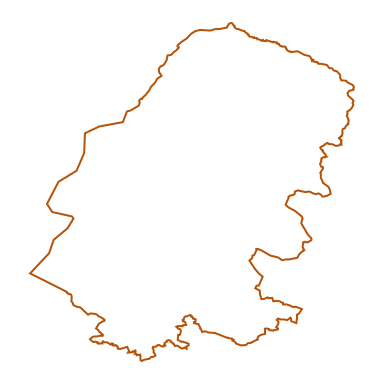 the district of Nenagh Lea-5, North Tipperary, Ireland
{"feature_id": "5873133B70886709487680", "entity_name": "Nenagh Lea-5", "entity_type": "district", "adm_level": 2, "iso_a3": "IRL", "parent_name": "Ireland", "parent_adm1": "North Tipperary", "projection": "natural_earth1", "projection_center": [-8.077, 52.997], "detail": "fine", "context": "isolated", "style": "outline", "palette": "amber", "viewbox_px": 384, "rotation_deg": 0, "n_neighbors": 0, "source": "geoboundaries", "source_scale": "gbopen_adm2", "svg_char_len": 5965}
<svg xmlns="http://www.w3.org/2000/svg" viewBox="0 0 384 384"><path d="M291.8,321.4L296.3,323.1L297.1,317.4L296.9,314.8L299.0,313.5L301.9,309.1L296.2,306.9L292.2,306.9L290.8,305.8L286.5,304.4L283.1,304.5L283.1,302.8L282.0,302.7L280.1,301.5L277.7,300.8L273.3,301.3L272.2,297.9L268.4,298.2L267.6,297.4L264.1,298.9L261.4,299.2L260.0,294.3L259.8,290.6L255.3,288.3L256.5,285.7L258.8,285.6L262.7,276.7L259.0,273.6L255.3,269.4L249.4,260.5L252.2,258.2L252.4,255.6L253.9,255.2L255.3,253.0L255.7,251.6L256.5,250.5L256.3,248.9L256.5,248.9L258.7,249.2L261.4,250.4L270.5,255.6L278.3,257.5L282.0,260.2L286.7,259.3L288.5,259.5L296.8,257.9L297.4,257.6L299.1,254.5L301.1,252.3L302.9,251.3L303.2,250.1L304.2,250.1L302.5,246.7L303.3,243.5L302.9,242.5L304.9,241.7L305.9,242.3L307.9,242.2L311.2,240.3L311.5,239.7L311.3,238.3L307.9,234.6L301.3,223.4L302.1,219.4L302.7,218.7L301.7,216.4L295.1,211.0L288.6,207.5L285.7,204.9L285.9,204.0L288.7,197.6L288.5,196.8L289.9,195.8L294.2,194.5L294.7,194.0L294.8,191.7L297.6,190.4L305.8,192.2L308.4,191.5L310.3,191.9L313.1,193.4L316.1,194.2L318.4,193.4L320.7,194.5L322.3,196.4L323.2,196.7L327.5,195.6L330.7,193.7L329.8,189.8L328.6,187.0L322.9,182.8L323.1,182.5L320.8,177.8L320.8,173.2L320.3,172.8L323.0,168.5L323.1,167.5L322.7,167.0L321.2,166.7L320.1,164.3L320.4,163.0L321.4,161.6L321.1,160.8L321.5,159.6L321.3,158.5L323.2,157.2L324.8,157.4L326.5,156.7L325.6,156.1L325.7,154.8L322.7,151.5L323.0,151.0L322.5,150.7L322.4,149.9L321.4,149.5L320.2,147.7L321.1,146.7L323.8,145.6L324.4,144.8L327.1,143.0L327.8,143.0L328.4,143.9L332.5,144.3L335.9,145.9L339.2,145.4L340.0,144.5L341.3,144.7L340.8,143.6L341.6,142.9L340.9,141.2L341.5,140.4L339.3,138.7L339.0,138.0L340.3,137.6L340.3,136.8L342.1,135.7L341.9,135.1L342.6,133.4L342.3,130.7L343.0,128.8L344.9,128.4L345.7,126.2L347.3,125.0L347.5,124.2L348.4,124.0L348.2,123.0L348.7,121.0L348.2,119.8L348.5,119.1L346.7,115.9L347.5,114.7L347.2,113.8L347.5,112.7L347.3,111.5L349.8,110.1L352.2,107.3L353.3,104.7L352.5,102.9L353.6,101.1L352.9,99.9L348.1,95.6L347.5,93.0L349.4,90.7L353.2,90.0L353.7,89.0L353.3,88.3L353.9,87.0L353.0,85.2L347.2,82.2L346.1,80.7L341.3,80.3L340.1,77.7L340.3,75.9L340.0,74.9L338.0,72.3L336.7,71.3L333.8,70.5L332.1,68.4L329.4,68.1L326.7,64.9L321.1,63.8L319.2,63.9L317.8,63.4L318.0,62.7L316.9,61.9L315.0,62.1L314.2,61.3L311.9,61.2L311.8,60.0L312.6,59.6L311.3,59.0L310.6,57.3L309.2,56.0L304.4,54.9L297.7,51.3L290.7,52.1L290.1,51.3L288.5,51.3L286.6,49.6L286.6,48.9L285.9,48.4L286.0,47.7L285.1,46.5L282.3,46.7L281.6,46.0L280.4,46.1L279.3,44.9L279.1,44.0L278.2,44.1L277.3,43.0L276.7,43.2L276.5,42.3L275.6,42.6L273.5,41.7L273.0,42.3L266.3,40.1L265.9,41.2L263.4,40.9L263.0,39.9L261.9,40.2L261.6,40.8L259.2,39.4L257.3,39.3L256.7,38.0L254.3,38.1L254.1,37.3L252.7,37.6L252.1,36.9L249.5,36.6L248.4,35.5L248.6,34.7L247.8,34.4L247.6,33.6L246.2,33.1L244.2,30.9L242.9,30.9L238.1,29.0L237.1,29.2L234.4,27.3L234.7,25.8L233.5,25.4L232.3,23.3L231.2,23.0L229.0,23.7L226.8,27.6L219.2,29.1L215.8,29.0L209.9,30.6L200.3,29.9L195.4,31.1L191.2,33.7L186.7,38.5L181.9,41.6L177.6,45.2L177.5,46.5L178.7,47.1L178.9,47.6L176.3,50.3L173.3,52.5L171.3,54.8L167.5,55.5L166.5,60.4L164.3,64.1L163.4,65.2L160.3,66.6L158.8,69.1L159.1,72.1L161.5,75.8L157.1,78.9L155.0,82.7L150.9,86.9L149.4,90.1L145.9,94.6L142.7,97.7L142.1,98.9L141.3,98.6L139.7,99.8L139.2,101.1L139.7,102.8L138.6,105.7L130.8,110.4L126.9,111.5L122.9,122.1L99.2,126.5L84.9,133.3L84.2,152.9L76.6,170.7L58.5,181.8L47.0,203.9L52.3,212.1L71.9,216.4L73.5,218.5L67.6,228.2L53.7,239.8L49.1,253.2L30.1,273.4L66.5,291.7L67.2,292.4L66.9,292.7L68.9,294.3L70.4,294.1L71.4,295.2L71.7,297.0L71.4,301.3L72.8,303.1L73.5,305.2L77.2,306.9L80.3,307.4L88.1,314.7L90.8,313.4L95.4,314.0L97.4,314.8L98.4,316.3L101.0,317.3L104.5,319.7L104.6,320.5L104.2,321.0L102.4,321.5L99.0,323.6L96.0,328.5L98.3,330.0L99.1,331.7L101.0,332.9L101.9,334.4L102.4,334.3L103.0,335.0L102.6,335.9L101.2,335.8L101.0,335.4L97.5,336.4L93.1,336.6L90.0,339.1L91.6,340.9L93.5,342.0L95.6,341.7L97.4,342.2L98.0,342.6L97.6,343.4L98.0,343.6L102.5,343.4L102.2,342.4L103.0,341.3L104.5,342.2L107.5,342.5L110.7,344.6L111.8,343.4L112.2,343.5L113.0,343.7L112.7,345.3L113.0,345.5L115.0,345.5L115.3,345.0L116.7,345.5L116.9,346.4L117.8,347.0L117.8,348.7L120.6,348.9L127.2,346.9L129.1,351.0L128.0,352.6L132.3,352.3L132.8,352.1L132.5,351.6L132.9,351.4L135.4,350.5L135.6,351.4L134.9,353.8L135.4,353.6L136.6,354.0L136.7,355.2L140.3,354.6L140.5,360.1L141.6,361.0L144.1,359.8L149.7,358.6L150.9,357.1L152.9,356.9L155.3,355.8L155.1,354.2L153.5,352.2L153.7,350.7L153.2,348.7L152.6,348.3L153.1,346.9L156.4,346.5L157.3,345.3L158.9,344.9L161.9,346.5L162.7,346.2L163.8,346.5L165.3,345.5L164.4,344.7L164.8,344.4L164.5,343.0L166.9,341.7L166.8,340.7L168.6,340.1L170.7,340.8L170.8,342.0L173.0,343.1L173.3,344.0L174.1,344.2L175.0,346.0L177.2,345.6L181.4,348.3L182.6,348.6L184.5,347.5L186.6,348.8L186.5,346.4L188.7,345.3L188.6,343.7L182.4,341.5L181.7,341.9L177.7,339.9L178.1,335.0L179.5,335.1L180.0,334.5L180.9,330.9L180.2,329.2L178.4,328.7L176.3,326.8L178.2,326.0L182.6,326.2L182.7,325.3L186.2,324.9L185.1,322.0L182.9,321.2L182.7,319.9L183.7,319.6L184.1,317.7L185.0,316.6L187.6,316.1L189.9,315.0L191.2,315.5L191.7,316.0L191.3,316.6L193.4,317.9L193.2,318.7L195.7,319.3L195.3,321.9L194.0,322.1L193.9,323.1L198.6,324.3L198.5,324.7L200.2,327.3L200.1,328.4L201.0,329.1L202.1,332.0L203.9,331.4L206.0,331.5L208.3,332.5L215.0,333.0L227.4,337.9L227.9,337.6L228.4,338.1L232.0,338.6L232.5,339.6L233.1,339.7L232.7,340.0L233.1,340.4L232.7,340.7L234.8,341.8L235.9,342.9L235.9,343.5L241.0,345.4L245.9,345.1L247.9,343.2L250.7,343.0L251.4,342.3L252.7,342.1L254.2,340.9L257.6,339.6L257.2,339.2L258.4,336.4L260.6,335.0L265.1,333.8L264.9,328.7L267.0,328.5L269.3,329.2L269.3,330.2L270.9,330.5L271.7,330.2L273.2,330.7L273.9,330.2L277.8,329.5L278.0,328.5L276.2,327.2L278.0,324.5L278.4,323.1L278.5,322.1L277.5,320.2L276.8,319.9L278.0,318.5L280.1,319.4L284.6,319.5L287.2,320.1L290.4,317.7L291.2,318.9L291.1,320.8L291.8,321.4Z" fill="none" stroke="#b45309" stroke-width="2"/></svg>